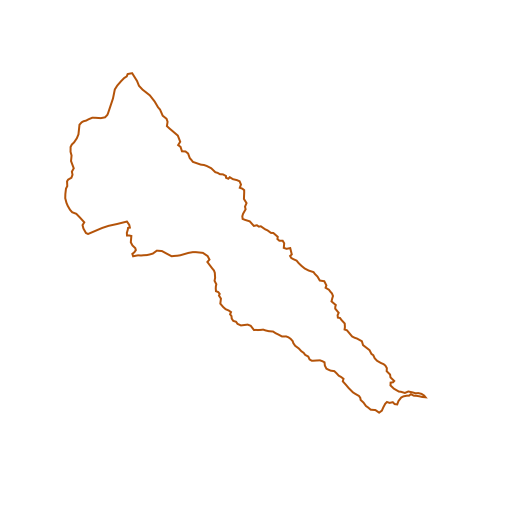 Hulha Negra, Rio Grande do Sul, Brazil, rotated 305°
{"feature_id": "56859067B48560466087967", "entity_name": "Hulha Negra", "entity_type": "district", "adm_level": 2, "iso_a3": "BRA", "parent_name": "Brazil", "parent_adm1": "Rio Grande do Sul", "projection": "equal_earth", "projection_center": [-53.901, -31.514], "detail": "fine", "context": "isolated", "style": "outline", "palette": "amber", "viewbox_px": 512, "rotation_deg": 305, "n_neighbors": 0, "source": "geoboundaries", "source_scale": "gbopen_adm2", "svg_char_len": 3997}
<svg xmlns="http://www.w3.org/2000/svg" viewBox="0 0 512 512"><g transform="rotate(305 256 256)"><path d="M196.5,254.1L195.4,258.3L195.0,261.6L195.7,264.9L195.7,267.7L193.4,268.2L192.7,270.4L190.8,272.0L189.8,274.6L190.7,277.4L189.8,279.8L190.5,283.5L195.0,288.5L195.8,291.7L194.2,296.8L195.4,298.3L196.4,300.0L198.2,302.3L199.8,304.1L200.5,306.5L201.7,309.5L203.9,313.3L204.0,316.3L204.5,319.3L205.0,323.5L207.4,326.8L208.0,329.2L208.0,331.9L207.3,334.9L206.0,336.6L204.9,339.6L204.8,344.1L204.0,347.7L204.0,350.6L203.2,353.0L203.6,356.5L202.0,359.2L202.2,361.8L203.4,363.4L205.1,365.5L207.2,368.2L207.9,370.7L208.2,373.1L205.7,375.3L204.1,378.3L204.4,380.4L204.9,382.9L206.6,386.2L206.1,389.4L205.4,392.5L205.7,394.9L205.6,398.1L203.1,399.0L202.1,403.4L201.0,407.5L200.5,410.3L199.9,413.6L200.0,416.2L200.4,420.7L199.6,422.8L198.1,424.3L197.6,428.1L196.2,432.1L196.2,434.7L195.9,438.1L198.3,442.2L198.3,446.7L201.5,447.8L205.0,447.1L209.1,446.6L211.5,447.0L212.3,449.7L214.7,451.9L214.2,454.5L215.4,456.8L218.9,455.9L223.4,456.1L225.6,457.3L228.1,459.7L229.4,461.5L231.6,462.1L232.1,465.4L233.5,467.6L234.8,470.3L235.8,472.9L237.5,475.9L238.1,473.8L238.0,470.7L236.8,467.6L235.1,465.5L234.1,462.6L232.4,458.5L229.2,456.5L227.9,452.6L226.9,450.8L226.4,445.0L227.1,440.4L229.5,438.9L231.2,440.7L232.9,440.9L233.7,435.8L235.8,433.8L236.6,429.1L239.2,427.5L240.4,424.9L240.6,422.6L240.0,419.7L239.6,415.3L240.3,411.9L242.0,409.0L242.0,406.7L244.0,403.0L244.4,394.8L246.9,391.6L246.3,386.0L245.6,383.7L245.2,380.9L247.3,373.1L246.6,370.7L248.8,369.6L251.6,367.4L252.6,362.7L253.4,360.4L252.5,358.4L254.3,356.8L256.9,356.3L258.3,351.1L259.8,350.1L261.6,349.5L262.1,343.9L265.2,342.7L267.4,342.0L268.9,339.7L269.4,337.5L270.2,335.1L269.9,331.2L272.3,330.5L274.5,326.4L272.5,322.3L274.4,318.2L275.1,314.4L275.8,312.4L274.3,307.5L273.7,303.1L274.0,299.0L274.6,295.1L275.5,291.9L274.8,288.2L274.6,286.0L275.6,283.9L277.8,284.4L282.1,279.5L279.4,276.9L278.6,274.1L282.6,271.8L283.8,269.1L281.9,266.4L282.2,263.8L284.2,262.8L284.8,257.0L283.5,255.0L283.6,250.7L283.1,248.1L283.1,242.9L281.7,241.5L281.7,239.1L279.4,237.0L280.8,231.0L279.3,226.3L278.7,223.8L280.7,222.0L283.1,221.2L288.3,220.7L290.1,218.7L293.9,217.9L295.8,213.4L301.4,209.8L303.2,208.5L303.3,206.1L302.6,203.6L305.9,202.7L307.8,199.7L307.2,196.8L305.7,193.0L305.5,189.3L303.4,189.0L302.9,186.6L304.3,185.5L303.9,182.1L302.3,179.5L302.1,176.9L301.3,174.6L302.2,169.0L301.5,164.1L300.7,161.2L299.2,158.4L296.9,150.3L297.6,148.1L298.2,145.6L301.0,141.6L301.2,138.3L299.3,135.3L302.1,131.6L302.2,128.6L306.1,128.4L309.8,122.9L310.8,112.2L311.3,108.5L315.2,106.6L317.1,104.0L317.4,99.1L318.7,97.0L320.9,93.4L321.6,90.5L324.4,84.4L326.7,76.9L327.2,67.7L328.3,62.5L331.1,58.2L334.7,49.7L333.0,48.0L331.4,46.5L329.0,47.1L326.1,45.9L321.8,45.2L316.1,44.6L311.5,44.8L303.0,48.5L287.8,53.0L286.2,53.3L283.0,52.8L279.9,49.8L277.3,45.5L275.4,42.6L271.9,40.4L269.5,39.2L267.4,37.4L265.5,36.5L262.3,36.1L253.8,40.8L249.7,41.7L244.7,41.8L241.7,41.2L238.9,41.6L237.5,42.6L235.0,44.3L232.5,47.3L227.7,50.0L223.3,56.4L219.5,56.8L217.3,59.1L214.2,59.9L210.8,58.3L208.8,58.4L205.0,61.3L202.2,61.7L197.4,64.3L193.9,66.6L190.8,70.3L189.1,73.0L187.2,77.1L186.4,80.3L187.5,84.6L186.5,89.8L185.1,96.0L181.8,96.2L179.5,98.9L177.3,103.5L177.7,105.8L189.3,113.0L191.0,114.1L196.1,117.9L202.7,124.0L210.2,130.5L208.8,134.3L206.9,136.4L205.6,135.1L204.0,135.9L200.9,136.9L198.8,138.6L200.1,140.4L200.9,142.4L195.4,145.6L193.8,148.7L193.2,152.6L191.9,154.2L189.3,154.2L186.8,153.5L185.3,155.5L187.3,157.4L188.9,159.0L190.5,161.6L192.0,163.3L194.1,166.0L196.0,167.8L198.8,170.1L203.5,171.7L206.1,176.1L206.6,180.6L207.4,187.0L209.4,189.3L211.2,191.5L213.1,193.5L219.8,198.9L222.9,202.0L224.6,204.4L228.1,210.7L228.2,216.4L226.4,219.9L223.2,219.6L220.8,227.0L220.0,229.9L218.6,231.9L214.7,235.0L211.9,236.3L210.1,239.7L208.0,240.6L206.4,241.6L204.2,243.4L204.8,245.8L204.1,248.0L202.3,248.4L201.0,251.7L196.5,254.1Z" fill="none" stroke="#b45309" stroke-width="2"/></g></svg>